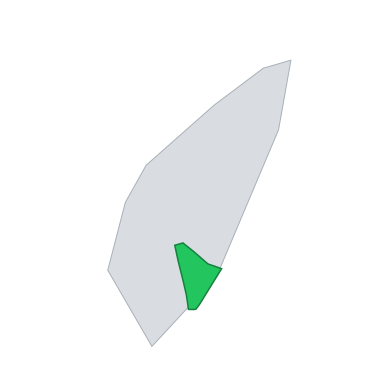 location of Micoud within Saint Lucia, rotated 21°
{"feature_id": "LCA-5083", "entity_name": "Micoud", "entity_type": "Quarter", "adm_level": 1, "iso_a3": "LCA", "parent_name": "Saint Lucia", "parent_adm1": "", "projection": "equal_earth", "projection_center": [-60.927, 13.81], "detail": "fine", "context": "in_parent", "style": "filled", "palette": "green", "viewbox_px": 384, "rotation_deg": 21, "n_neighbors": 0, "source": "natural_earth", "source_scale": "10m", "svg_char_len": 506}
<svg xmlns="http://www.w3.org/2000/svg" viewBox="0 0 384 384"><g transform="rotate(21 192 192)"><path d="M245.2,262.4L209.9,350.5L141.4,295.2L133.5,225.6L139.6,183.4L181.5,103.0L214.2,50.8L237.1,33.5L250.5,102.8L245.2,262.4Z" fill="#d9dde1" stroke="#a8b0b8" stroke-width="1"/><path d="M247.1,253.0L239.3,294.3L237.6,300.1L235.7,301.1L230.8,302.9L223.8,290.4L216.0,278.8L203.4,260.8L195.0,247.9L201.8,242.8L215.2,247.1L232.5,253.4L247.1,253.0Z" fill="#22c55e" stroke="#15803d" stroke-width="1.5"/></g></svg>